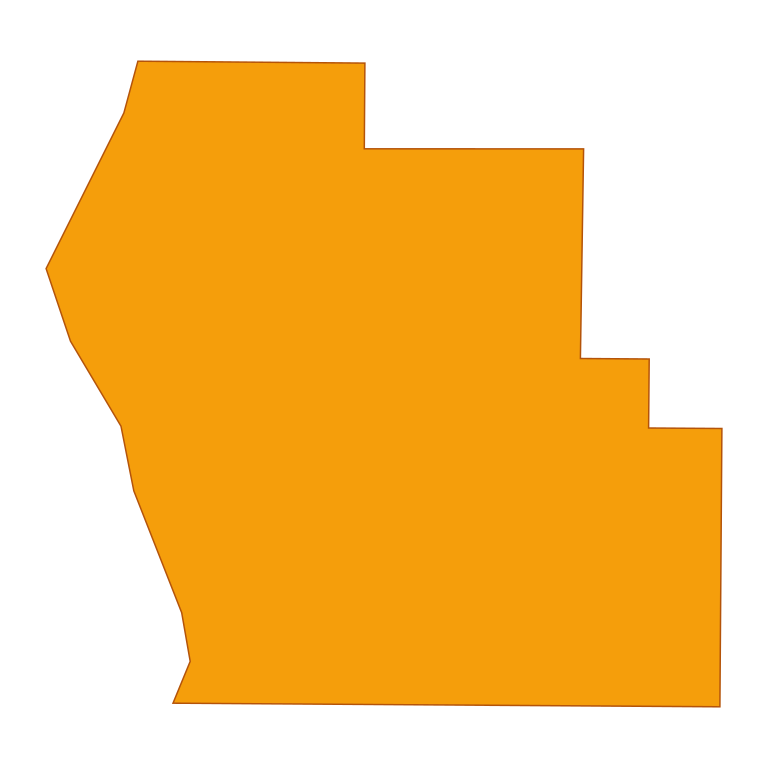 Scott, Illinois, United States of America (Robinson projection)
{"feature_id": "52423323B93785778655007", "entity_name": "Scott", "entity_type": "district", "adm_level": 2, "iso_a3": "USA", "parent_name": "United States of America", "parent_adm1": "Illinois", "projection": "robinson", "projection_center": [-90.501, 39.655], "detail": "fine", "context": "isolated", "style": "filled", "palette": "amber", "viewbox_px": 768, "rotation_deg": 0, "n_neighbors": 0, "source": "geoboundaries", "source_scale": "gbopen_adm2", "svg_char_len": 343}
<svg xmlns="http://www.w3.org/2000/svg" viewBox="0 0 768 768"><path d="M137.9,61.2L123.9,112.9L46.1,268.6L70.5,341.2L121.0,426.2L133.8,490.8L181.7,612.7L190.2,661.4L173.0,703.2L719.9,706.8L721.9,428.5L648.6,428.0L649.2,359.0L580.4,358.5L583.6,148.9L364.3,148.8L364.9,63.1L137.9,61.2Z" fill="#f59e0b" stroke="#b45309" stroke-width="1.5"/></svg>